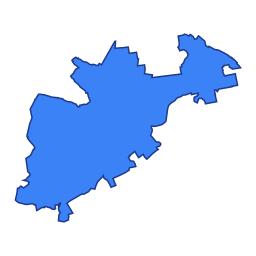 the district of Vandzenes pag., Talsi, Latvia
{"feature_id": "27541924B44124722370544", "entity_name": "Vandzenes pag.", "entity_type": "district", "adm_level": 2, "iso_a3": "LVA", "parent_name": "Latvia", "parent_adm1": "Talsi", "projection": "mercator", "projection_center": [22.859, 57.331], "detail": "fine", "context": "isolated", "style": "filled", "palette": "blue", "viewbox_px": 256, "rotation_deg": 0, "n_neighbors": 0, "source": "geoboundaries", "source_scale": "gbopen_adm2", "svg_char_len": 5538}
<svg xmlns="http://www.w3.org/2000/svg" viewBox="0 0 256 256"><path d="M36.8,210.6L42.0,207.5L44.3,207.6L44.6,206.6L45.6,206.8L46.0,206.6L49.4,207.7L50.3,207.4L50.3,207.7L51.2,208.5L51.6,209.0L52.3,209.0L54.5,209.5L55.6,208.3L55.0,206.7L55.3,205.6L55.8,205.0L56.0,204.8L58.1,205.5L58.4,204.7L59.1,203.7L59.3,203.5L60.0,203.0L60.5,203.3L60.2,204.1L59.0,207.0L58.7,206.8L58.5,208.0L58.5,208.5L58.7,209.3L58.8,210.3L59.1,211.0L59.2,211.6L60.4,212.5L59.5,213.6L59.0,214.9L58.4,220.8L62.6,221.6L62.9,221.6L64.1,221.8L68.5,219.9L68.4,219.7L68.4,218.1L68.9,216.9L68.4,214.5L72.8,213.2L67.2,203.7L66.9,203.5L67.7,202.7L69.8,201.0L72.7,199.3L72.9,199.2L79.5,195.4L81.4,194.2L84.0,194.1L88.2,191.9L90.2,189.7L90.8,188.5L94.9,189.1L95.3,187.9L95.7,185.9L96.3,185.1L96.8,183.6L98.0,181.3L99.1,180.5L99.9,179.3L103.2,176.2L103.3,175.8L103.5,176.2L103.6,177.3L104.2,178.3L104.6,178.7L105.4,179.1L106.8,180.0L107.5,180.7L108.0,181.4L108.7,182.8L110.0,184.9L110.4,186.1L111.0,187.3L115.9,185.4L115.2,183.9L113.0,178.4L114.1,177.8L116.7,176.7L120.2,175.1L125.6,172.5L126.5,171.8L128.9,170.3L128.7,170.1L129.6,167.8L135.5,166.6L135.9,166.4L135.5,165.6L135.3,164.4L134.0,161.8L133.2,161.1L130.4,160.9L128.4,157.3L130.1,155.9L129.6,155.4L132.6,153.4L134.8,151.4L138.6,157.7L138.9,157.6L143.2,154.3L144.3,156.3L144.4,157.0L144.5,157.1L145.3,157.5L146.7,159.2L146.8,159.2L149.1,157.1L151.8,154.3L156.9,150.2L157.3,149.9L158.0,149.8L158.3,149.5L156.8,148.1L156.4,147.3L158.5,146.4L159.6,146.2L160.6,144.7L160.8,144.0L160.2,143.0L159.3,142.3L157.9,141.9L157.1,142.2L156.0,141.6L150.6,135.2L151.7,132.7L152.3,130.2L152.2,129.6L152.1,129.1L151.4,127.9L151.4,126.2L154.2,126.3L155.4,126.3L156.8,126.0L161.2,124.8L162.0,124.5L162.5,124.2L165.5,121.8L165.9,121.1L166.0,120.7L167.6,109.3L167.8,108.1L168.1,107.0L168.5,106.1L169.1,104.9L169.6,104.4L171.0,103.2L172.0,102.4L174.6,100.9L175.1,100.3L175.9,99.3L177.4,97.9L178.0,97.5L180.8,96.7L181.3,96.4L182.5,95.4L183.0,95.1L183.5,95.0L185.1,95.0L185.7,94.9L188.0,94.0L191.1,93.0L191.4,94.6L198.3,93.2L198.2,94.0L197.8,95.0L197.9,95.5L194.5,97.1L194.3,97.4L193.9,98.3L194.3,101.4L197.3,102.9L198.7,98.7L201.7,98.3L202.5,98.9L202.6,99.4L203.5,99.8L204.7,101.0L205.0,102.0L205.3,103.5L205.4,103.8L216.7,101.7L216.1,99.2L216.0,98.8L215.1,95.2L215.4,95.3L215.2,93.9L214.4,90.1L215.8,89.8L216.6,90.6L217.2,91.6L217.7,91.1L217.4,90.6L217.6,90.7L218.3,90.1L218.4,89.2L231.8,86.8L231.7,86.4L233.2,86.0L233.3,86.2L233.6,86.0L237.6,85.3L235.7,75.9L235.3,73.7L233.1,74.2L224.4,75.9L224.2,75.1L223.0,72.5L222.7,71.3L223.2,70.3L222.6,69.7L222.5,69.1L222.1,67.5L222.2,67.4L222.3,66.9L223.6,66.8L223.7,65.6L228.8,64.8L229.5,67.2L230.7,68.0L231.4,67.9L232.0,68.4L232.2,69.1L240.6,67.8L239.7,66.6L239.5,66.2L236.6,63.5L237.1,63.0L237.3,62.6L236.4,62.0L235.3,60.7L234.8,60.4L234.3,59.7L234.0,59.4L233.8,59.5L233.2,59.3L232.8,58.6L232.7,58.3L232.5,58.1L232.3,58.0L231.7,58.2L231.4,58.0L231.4,57.3L231.3,57.2L229.8,57.0L229.5,56.7L229.3,56.3L229.3,56.2L228.7,55.9L228.6,55.5L224.4,53.1L218.5,50.1L214.7,49.5L209.0,46.3L208.4,47.3L205.6,45.4L205.4,43.9L205.0,42.3L204.8,41.2L198.6,35.9L197.9,36.5L197.0,38.0L197.0,38.3L196.9,38.8L194.5,39.2L194.2,38.3L192.9,36.2L192.0,36.1L191.8,35.4L190.8,34.8L190.0,34.5L189.1,36.0L186.0,34.5L184.3,34.2L183.9,34.7L181.9,35.4L178.2,36.0L179.2,43.3L179.3,45.3L177.9,47.2L178.8,48.2L178.6,48.6L179.4,49.6L179.7,50.8L183.6,49.7L186.2,51.0L187.5,53.3L187.9,53.5L187.7,56.1L187.0,57.2L184.9,59.3L183.4,63.2L182.5,63.9L182.0,64.5L181.4,64.9L181.6,65.8L181.7,66.9L180.1,67.1L180.8,71.7L181.4,74.0L152.0,77.6L152.4,74.8L149.5,74.5L144.5,73.7L145.1,69.4L144.6,64.9L137.5,65.8L138.5,58.9L137.8,58.9L137.2,56.9L136.5,52.3L129.3,53.4L128.7,50.2L128.2,47.0L122.3,47.8L120.5,47.8L115.1,48.3L115.2,46.5L115.6,41.3L114.8,41.4L101.5,64.8L99.3,63.5L98.0,65.3L97.9,65.2L96.7,65.5L96.0,65.2L95.9,65.3L95.0,64.8L93.1,64.3L92.9,64.3L92.2,64.9L90.2,64.5L89.7,64.4L88.9,63.7L86.2,62.0L85.2,62.1L84.6,61.9L82.5,61.2L81.7,60.5L80.5,59.5L79.2,59.1L78.9,58.9L78.1,58.0L77.5,58.6L76.0,57.3L75.2,57.5L73.7,58.5L72.3,60.0L71.9,60.5L73.1,61.6L72.8,62.1L74.2,63.9L74.3,64.3L76.8,66.0L78.7,67.7L75.9,69.1L73.8,72.4L73.6,73.1L70.7,76.1L71.0,76.8L72.0,78.0L73.1,78.9L73.8,79.5L74.7,81.6L75.6,82.1L78.6,84.8L80.4,87.2L85.3,90.8L86.0,93.2L87.7,92.9L87.7,93.6L88.2,95.8L88.7,97.5L89.5,99.4L90.1,100.9L90.1,101.5L86.9,104.1L86.4,104.3L85.5,104.5L84.1,104.3L83.4,104.5L83.4,104.4L82.7,104.6L79.8,105.3L79.7,106.6L78.7,106.5L78.2,106.8L78.0,106.5L77.6,106.6L76.3,104.4L74.6,103.5L74.0,103.6L72.0,102.3L70.5,101.9L67.4,101.6L64.0,100.1L62.6,98.7L60.8,98.5L60.1,98.5L58.6,97.8L51.6,97.1L49.7,96.4L44.6,94.9L40.0,94.2L38.6,94.2L38.5,94.3L37.6,95.7L36.8,97.1L36.6,97.6L36.2,98.2L35.8,98.7L34.8,99.7L34.7,100.0L34.7,100.7L34.6,100.9L30.3,108.9L30.2,109.2L30.3,109.6L32.0,117.6L32.0,117.9L31.9,118.1L30.3,122.3L29.4,124.7L29.3,126.0L27.9,131.4L27.9,132.5L27.8,132.8L27.7,133.0L27.4,133.5L27.2,134.0L27.0,136.6L27.7,136.6L28.0,136.8L27.6,137.7L27.6,138.3L28.3,138.9L28.2,139.1L29.4,140.7L30.9,142.5L33.6,145.4L34.8,147.7L34.2,149.3L33.5,149.2L31.5,153.4L30.4,155.5L25.9,158.5L27.5,169.7L27.7,171.3L27.8,171.6L27.9,171.8L29.5,173.5L30.1,174.4L30.0,175.0L29.7,175.5L27.2,177.8L26.3,179.1L25.7,179.6L23.6,180.3L28.0,181.3L29.1,182.3L28.5,182.7L28.4,184.3L28.5,184.4L23.6,187.9L20.9,186.1L19.6,187.2L19.0,188.2L17.5,188.3L17.0,192.9L15.4,199.9L15.5,200.2L16.7,201.3L18.5,202.6L25.2,204.3L26.4,204.5L32.3,203.7L34.1,204.4L34.2,204.9L35.1,204.8L35.7,205.0L35.7,205.5L36.1,207.0L36.5,209.4L36.8,210.6Z" fill="#3b82f6" stroke="#1e3a8a" stroke-width="1.5"/></svg>